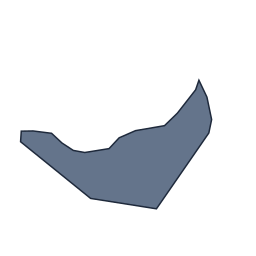 the district of Stonefield, Soufrière, Saint Lucia, rotated 313°
{"feature_id": "8701671B93108958332775", "entity_name": "Stonefield", "entity_type": "district", "adm_level": 2, "iso_a3": "LCA", "parent_name": "Saint Lucia", "parent_adm1": "Soufrière", "projection": "robinson", "projection_center": [-61.059, 13.846], "detail": "fine", "context": "isolated", "style": "filled", "palette": "slate", "viewbox_px": 256, "rotation_deg": 313, "n_neighbors": 0, "source": "geoboundaries", "source_scale": "gbopen_adm2", "svg_char_len": 397}
<svg xmlns="http://www.w3.org/2000/svg" viewBox="0 0 256 256"><g transform="rotate(313 128 128)"><path d="M211.3,147.3L202.1,151.4L172.5,154.0L154.6,153.1L131.2,135.3L114.8,128.2L100.0,128.2L80.6,113.1L74.3,103.3L72.0,90.0L72.0,75.7L61.1,60.6L52.9,52.1L44.7,58.8L51.0,148.7L88.3,203.9L179.5,190.5L191.2,183.4L204.4,164.7L211.3,147.3Z" fill="#64748b" stroke="#1e293b" stroke-width="1.5"/></g></svg>